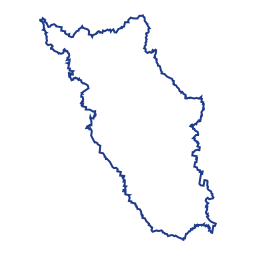 outline of Tamworth, New South Wales, Australia
{"feature_id": "25037944B76870107962046", "entity_name": "Tamworth", "entity_type": "district", "adm_level": 2, "iso_a3": "AUS", "parent_name": "Australia", "parent_adm1": "New South Wales", "projection": "albers", "projection_center": [151.073, -30.922], "detail": "fine", "context": "isolated", "style": "outline", "palette": "blue", "viewbox_px": 256, "rotation_deg": 0, "n_neighbors": 0, "source": "geoboundaries", "source_scale": "gbopen_adm2", "svg_char_len": 5724}
<svg xmlns="http://www.w3.org/2000/svg" viewBox="0 0 256 256"><path d="M99.6,152.5L103.1,153.3L104.8,156.0L104.6,156.8L105.8,157.5L105.9,159.0L107.0,158.9L109.9,161.9L112.6,167.1L114.1,168.1L116.2,167.8L117.7,169.3L117.3,171.3L120.8,171.9L120.2,175.6L124.2,175.9L124.1,176.8L122.6,177.0L122.5,177.5L123.9,179.5L123.6,181.3L124.8,180.8L124.7,184.5L123.9,186.0L126.1,186.4L125.2,187.4L125.5,189.8L123.5,189.8L123.3,190.8L124.4,190.4L124.9,191.0L124.7,191.8L125.6,192.0L125.2,194.1L125.7,194.5L129.4,195.1L128.7,195.5L129.7,197.8L128.9,201.0L132.3,201.6L131.7,201.7L131.5,202.6L135.3,203.5L135.3,204.8L136.3,205.5L136.2,206.6L136.9,206.9L137.4,208.8L139.9,209.4L141.0,211.4L141.5,214.6L142.2,214.7L142.0,215.8L142.8,216.0L142.5,218.0L145.0,218.4L146.2,221.1L149.0,223.7L148.7,225.1L150.2,225.5L150.7,226.7L152.2,227.5L151.5,230.3L152.6,231.7L156.8,230.4L158.3,231.1L161.6,230.4L162.7,231.5L162.7,232.4L164.5,233.0L164.8,233.7L167.1,234.1L168.0,236.1L170.9,235.2L172.7,235.2L174.3,236.2L175.6,235.6L178.2,237.3L183.0,239.2L183.3,240.6L183.7,238.2L184.9,238.4L186.0,233.9L187.0,233.9L189.2,231.2L189.8,231.4L190.8,230.3L190.9,229.1L192.4,229.5L192.6,228.2L194.0,228.3L195.1,227.6L194.7,226.5L195.4,226.3L195.2,225.3L196.4,225.8L196.4,225.1L197.4,224.6L198.3,225.8L198.8,225.0L201.1,224.8L201.7,225.5L203.7,224.2L203.4,225.2L204.9,225.6L204.8,224.9L205.5,226.1L206.2,225.4L206.4,225.9L207.4,225.7L207.1,226.3L207.8,226.6L208.3,225.5L209.0,226.3L208.7,227.4L209.4,227.6L209.0,228.2L209.7,228.4L209.1,230.6L209.9,230.4L211.1,231.5L211.0,232.3L212.2,232.8L213.3,225.8L214.8,226.1L215.8,223.7L211.7,222.0L209.6,220.4L207.0,216.8L208.3,215.9L207.5,215.0L207.8,213.7L206.5,213.8L205.9,212.4L207.2,209.3L206.8,208.2L207.3,207.0L206.3,206.9L206.7,206.3L206.1,205.9L208.2,203.2L206.7,202.4L205.7,200.4L206.1,199.1L207.7,197.8L209.2,199.2L213.0,198.3L213.4,197.4L212.2,195.5L212.5,194.1L211.5,193.5L211.1,191.5L208.3,189.7L207.5,188.3L208.0,186.7L207.2,185.7L207.5,181.2L206.8,180.5L204.5,180.1L203.6,185.7L200.7,185.3L199.4,183.8L201.0,173.8L202.2,174.0L202.6,171.5L199.7,171.9L199.9,170.3L197.6,169.9L197.0,167.5L194.3,166.7L195.1,162.3L196.4,162.2L197.0,158.3L196.2,158.6L196.6,156.2L192.3,155.5L192.7,152.2L193.5,152.3L195.1,150.5L197.3,149.7L199.3,150.2L199.8,147.2L197.4,146.4L198.6,143.4L197.4,142.8L197.9,142.5L197.6,141.7L194.6,140.3L194.8,138.6L193.1,138.3L195.9,135.1L198.1,135.0L198.2,134.2L197.5,131.7L195.2,130.7L194.3,128.9L193.1,128.9L193.0,127.7L192.2,126.9L190.3,126.2L191.4,124.8L192.3,124.6L193.0,125.9L195.1,123.9L196.3,124.3L196.7,122.9L198.8,120.5L199.3,121.4L200.3,121.1L201.2,115.7L201.8,115.8L202.0,114.6L201.4,112.3L202.9,109.9L203.7,109.7L203.9,108.6L203.1,108.5L203.8,104.2L202.9,104.1L203.2,102.2L201.4,101.9L201.9,98.9L200.9,98.7L201.2,96.8L198.9,98.7L196.9,97.9L194.1,98.5L190.2,97.5L189.9,98.1L187.8,97.9L187.1,98.5L185.3,98.3L185.4,96.4L185.8,96.3L185.5,94.8L183.8,94.1L182.3,92.0L181.3,92.7L181.1,91.7L179.7,91.2L178.8,88.6L177.2,87.3L176.2,85.5L173.9,84.6L174.0,83.7L173.4,83.6L173.8,81.0L172.7,80.8L172.2,79.0L167.2,76.7L164.4,74.0L161.5,73.3L161.9,72.0L160.9,70.6L160.1,66.9L159.5,65.8L158.0,65.7L157.7,63.8L156.5,62.1L156.7,60.8L156.2,59.9L156.7,59.2L154.3,57.4L155.0,56.6L154.7,55.9L155.9,53.0L156.1,50.2L155.5,49.7L154.0,51.0L152.8,50.0L152.2,51.0L152.6,52.2L151.1,52.8L149.5,51.9L147.5,53.0L145.5,51.4L145.7,49.2L144.1,48.3L144.8,47.2L144.7,46.2L145.9,44.9L145.5,42.6L146.4,41.8L146.1,40.0L146.7,39.3L145.8,37.7L146.9,35.6L146.0,33.9L146.3,33.2L148.1,32.7L148.7,31.7L148.4,29.2L148.7,28.3L149.5,28.2L147.7,25.7L147.4,23.9L146.7,23.9L145.9,22.1L144.8,21.2L144.5,17.4L143.6,17.0L142.8,15.4L141.8,15.9L139.4,15.8L137.5,18.5L133.1,18.4L130.8,17.6L128.5,19.8L128.1,21.1L128.5,22.3L125.1,22.2L124.0,26.7L122.7,26.9L122.0,27.9L121.5,27.1L120.4,28.3L118.3,29.1L116.3,32.5L114.6,32.3L113.4,29.4L111.6,30.4L110.8,31.7L110.0,29.6L108.6,30.3L107.6,29.6L104.7,31.2L103.1,30.5L102.4,32.8L100.3,32.1L100.0,32.5L98.9,31.2L97.5,31.9L97.4,32.9L96.5,33.0L96.2,33.9L92.8,35.1L92.2,36.9L91.1,34.8L88.8,34.5L89.1,31.0L87.7,29.4L83.0,27.9L82.2,26.2L81.2,27.7L78.9,29.1L78.6,30.6L76.8,31.1L74.3,34.1L72.8,37.0L71.7,37.1L69.0,36.2L69.2,34.1L67.9,34.7L66.3,34.2L65.0,33.0L65.2,31.4L61.2,30.6L61.7,27.2L56.2,26.4L56.1,25.7L54.2,24.2L51.3,25.0L50.1,26.6L48.4,27.0L46.4,22.7L45.3,22.4L44.6,21.1L45.2,20.2L44.7,19.4L43.9,19.4L42.8,18.2L42.0,19.8L40.2,19.9L40.4,20.9L42.7,22.0L43.9,25.2L43.7,27.0L44.3,28.5L43.0,29.8L44.9,30.4L45.6,32.1L46.7,32.7L45.3,33.7L46.9,36.9L46.4,37.7L47.0,40.7L46.1,42.5L46.4,43.6L48.1,45.1L50.8,44.5L52.3,45.6L52.6,46.6L51.1,47.8L51.0,48.8L52.9,49.2L54.4,51.0L57.5,52.1L58.6,53.6L59.7,53.1L60.9,53.8L63.0,53.1L63.8,51.8L63.5,50.2L64.5,49.2L65.9,51.1L66.2,50.7L67.3,51.1L68.1,53.1L69.0,53.7L69.2,55.8L68.8,57.0L67.4,57.9L67.7,58.7L67.0,60.0L69.7,59.5L69.3,62.4L67.3,63.1L69.1,63.8L68.1,68.3L69.9,68.6L69.6,70.6L73.2,71.2L72.6,71.8L72.8,74.6L70.5,74.2L70.6,73.3L68.9,73.1L69.1,75.3L70.2,75.6L69.3,76.8L70.3,77.3L71.3,79.6L72.1,79.5L72.0,80.1L73.4,79.6L73.6,78.3L75.5,77.7L75.8,78.3L76.8,78.1L78.3,79.8L79.1,78.8L79.5,79.9L81.2,80.3L81.4,82.0L83.1,83.5L84.0,83.2L87.7,85.3L88.5,88.3L81.7,92.9L82.1,93.5L81.7,93.4L81.2,96.7L82.6,97.0L83.2,99.5L82.6,100.4L83.0,101.3L81.9,101.8L81.1,103.1L83.1,103.5L82.9,104.2L81.8,104.0L81.6,104.8L81.6,105.5L82.7,105.7L82.6,106.4L86.1,107.1L85.7,109.5L90.0,109.7L93.1,111.6L95.1,111.2L94.7,113.9L95.6,114.1L95.5,115.3L94.9,115.2L94.7,116.4L93.9,116.3L93.5,118.5L90.9,118.1L90.4,116.8L90.2,118.0L91.4,121.0L91.4,125.3L90.1,125.7L90.2,125.0L89.6,125.0L89.5,125.9L87.4,126.2L86.4,128.1L88.8,128.0L89.3,129.2L90.4,128.4L91.8,131.0L91.2,135.6L94.3,141.8L94.9,142.5L95.6,142.2L97.3,143.1L97.7,144.3L100.3,145.8L99.6,152.5Z" fill="none" stroke="#1e3a8a" stroke-width="2"/></svg>